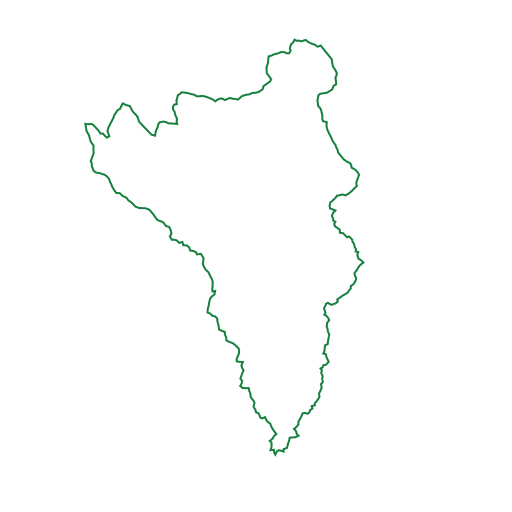 the district of Guarani de Goiás, Goiás, Brazil, rotated 253°
{"feature_id": "56859067B43710707845726", "entity_name": "Guarani de Goiás", "entity_type": "district", "adm_level": 2, "iso_a3": "BRA", "parent_name": "Brazil", "parent_adm1": "Goiás", "projection": "albers", "projection_center": [-46.452, -13.879], "detail": "fine", "context": "isolated", "style": "outline", "palette": "green", "viewbox_px": 512, "rotation_deg": 253, "n_neighbors": 0, "source": "geoboundaries", "source_scale": "gbopen_adm2", "svg_char_len": 5076}
<svg xmlns="http://www.w3.org/2000/svg" viewBox="0 0 512 512"><g transform="rotate(253 256 256)"><path d="M432.3,131.5L425.1,130.5L420.2,131.6L414.2,131.3L408.9,132.9L406.2,131.9L401.7,130.8L395.0,125.7L392.9,126.1L390.4,125.3L385.2,125.5L382.5,127.4L380.9,131.0L379.2,132.9L378.2,134.8L375.8,136.6L372.9,138.0L369.7,138.1L366.9,138.6L363.8,138.8L360.6,139.6L357.1,140.8L356.0,144.0L352.2,146.2L349.5,149.2L346.6,150.2L343.0,152.9L338.5,155.1L336.0,158.4L334.0,164.2L331.6,167.4L326.9,169.6L319.6,172.0L318.0,173.7L315.8,176.8L313.5,177.8L311.0,178.6L309.1,181.5L306.0,182.0L302.2,181.7L299.9,179.4L296.1,180.2L295.6,182.4L294.1,184.8L291.0,186.3L291.0,189.7L287.5,189.6L286.3,193.0L283.6,194.7L280.5,194.6L279.3,197.2L277.2,199.8L274.8,200.0L274.2,203.9L269.4,205.2L266.3,204.0L264.4,202.9L260.9,203.1L257.8,203.8L254.4,205.8L249.9,206.4L246.3,207.1L243.7,207.0L241.4,206.1L239.4,205.6L237.3,204.5L234.8,204.1L234.5,206.7L231.4,205.0L230.1,201.7L228.4,199.5L224.9,197.4L222.4,196.3L219.5,194.4L216.1,193.1L214.2,195.5L211.8,196.6L210.3,199.1L207.7,200.6L204.4,199.9L201.4,200.0L198.9,199.5L196.5,199.2L194.1,201.8L192.5,204.0L190.1,203.3L187.0,203.7L183.9,203.0L182.0,205.0L179.3,208.4L175.8,210.8L172.4,212.4L170.1,212.1L168.0,211.3L165.6,209.5L163.3,207.4L160.9,206.8L159.6,209.2L158.5,212.4L155.5,210.0L153.1,210.0L150.2,210.6L147.4,208.2L143.2,205.2L140.6,206.3L138.1,204.8L136.3,202.9L133.7,204.6L132.6,207.4L131.9,210.4L129.4,210.1L126.3,210.4L122.4,209.7L118.9,211.1L116.2,211.7L112.7,209.6L109.2,210.4L106.3,210.4L105.0,212.3L102.7,212.8L99.9,213.0L98.8,214.9L99.3,217.5L94.9,218.2L91.4,220.6L88.8,220.7L85.4,221.4L79.8,223.4L78.5,220.5L76.5,218.5L75.1,215.1L72.9,216.3L68.6,214.9L66.1,213.1L65.5,216.4L62.9,216.0L60.4,216.4L63.1,219.0L63.6,221.3L62.3,223.3L60.9,225.2L63.3,226.0L63.4,229.4L67.9,232.3L70.1,233.9L72.4,235.1L71.2,240.8L71.7,244.1L73.8,242.9L76.8,243.1L79.5,241.8L80.6,244.5L82.6,247.4L84.8,247.9L86.9,250.0L88.9,252.1L92.0,254.7L91.7,257.0L90.1,259.0L90.8,261.3L92.8,262.6L93.6,265.4L96.2,265.4L96.0,268.6L98.0,269.2L99.1,271.1L100.8,273.4L102.7,275.5L106.2,276.1L108.0,278.0L110.8,280.2L114.5,280.7L115.9,283.1L118.6,283.2L121.7,284.6L125.2,284.2L127.4,285.6L129.6,284.8L130.0,287.2L131.9,288.5L131.4,290.7L132.4,292.6L133.6,294.6L138.6,293.8L141.5,294.2L143.1,291.9L144.6,293.4L147.8,294.8L150.4,295.9L150.8,298.8L153.4,299.9L156.2,301.3L159.7,303.2L163.0,302.6L165.1,303.2L167.7,302.9L171.3,304.5L173.2,307.2L175.8,306.9L178.1,305.9L179.9,304.2L181.3,305.8L186.3,305.8L188.0,307.8L189.7,308.8L190.2,311.0L187.3,313.7L187.4,318.2L188.6,321.0L190.7,321.0L191.8,324.4L192.9,327.6L193.5,330.7L194.1,332.9L195.6,334.6L197.5,337.3L199.5,337.8L200.7,341.3L203.7,344.4L205.6,345.3L208.5,344.9L210.7,345.0L212.5,347.6L216.2,351.8L217.2,353.7L218.3,356.8L221.1,355.4L223.6,353.1L227.4,353.2L229.9,354.9L231.2,352.6L233.2,353.6L235.8,353.0L239.3,353.3L241.4,352.4L243.5,352.8L247.4,350.8L247.3,348.5L250.6,346.8L252.4,345.9L253.7,343.0L256.8,343.8L261.3,340.2L263.9,340.2L265.6,341.9L267.2,340.2L269.2,340.7L272.2,340.3L274.9,342.6L276.3,345.2L278.5,342.5L279.8,340.7L282.7,341.1L285.4,342.6L286.3,344.8L288.5,349.3L290.0,351.0L289.7,353.3L289.7,356.3L287.8,359.4L288.5,362.7L290.3,366.9L293.6,373.0L296.2,373.1L298.2,374.3L303.5,378.3L306.7,377.6L309.5,376.2L312.6,373.2L315.1,373.7L317.3,373.1L319.6,370.6L322.8,368.1L326.0,366.8L331.1,364.7L333.9,365.1L336.5,364.5L339.2,364.4L342.8,363.1L347.8,362.5L350.9,361.9L355.4,361.2L359.4,361.3L363.3,362.8L365.4,359.5L367.6,359.4L370.5,360.5L376.6,360.9L379.0,360.5L381.0,359.3L386.9,360.3L391.7,362.9L392.3,365.0L391.4,371.6L393.0,377.6L396.1,380.0L396.7,382.8L399.8,383.6L403.1,384.0L405.2,385.8L407.2,386.7L409.7,386.4L414.9,385.0L419.4,385.5L421.9,386.0L438.3,379.4L438.2,376.1L440.8,374.1L442.5,371.7L445.3,368.5L448.1,366.7L448.1,362.0L449.4,360.2L449.9,357.9L451.6,356.1L449.9,354.6L447.9,351.1L444.6,349.0L442.3,349.2L440.2,347.0L440.9,344.6L442.7,342.6L443.7,339.9L443.3,335.8L443.6,332.4L443.1,329.2L443.2,326.4L439.4,324.8L436.8,323.7L433.3,321.2L427.7,319.8L420.6,322.2L418.8,320.5L416.2,312.8L413.5,311.1L412.8,308.9L412.0,306.0L412.3,303.0L413.0,300.3L412.5,296.9L413.1,293.5L413.0,289.3L410.8,284.5L412.3,282.1L413.1,279.8L414.8,277.2L414.5,274.1L414.2,271.8L416.0,270.2L417.0,268.2L416.8,264.9L415.8,262.3L418.8,260.0L422.7,255.1L424.7,251.7L425.3,248.6L426.1,246.0L428.3,244.1L429.6,241.6L431.8,238.4L433.1,235.6L434.3,232.9L433.2,230.5L432.6,228.3L430.8,227.2L427.9,225.4L424.4,224.6L424.7,222.0L422.9,220.2L420.4,219.5L417.7,220.3L414.6,220.0L410.5,220.6L407.6,219.4L405.3,219.2L406.3,217.0L408.4,211.2L410.6,208.7L411.6,206.7L412.0,203.0L410.6,201.1L407.8,199.5L404.9,196.9L400.6,194.6L402.6,191.5L413.4,186.0L419.1,183.3L422.1,183.6L425.2,182.9L430.4,180.3L436.3,179.2L438.4,175.8L440.9,173.2L439.1,171.3L436.4,168.9L436.0,166.4L432.0,161.5L430.2,160.4L427.1,157.4L422.1,152.5L419.1,150.6L416.9,150.5L413.5,150.8L412.7,148.1L415.3,146.5L417.9,145.4L418.5,143.0L421.8,142.2L425.7,140.3L429.2,138.5L430.6,136.8L431.0,134.0L432.3,131.5Z" fill="none" stroke="#15803d" stroke-width="2"/></g></svg>